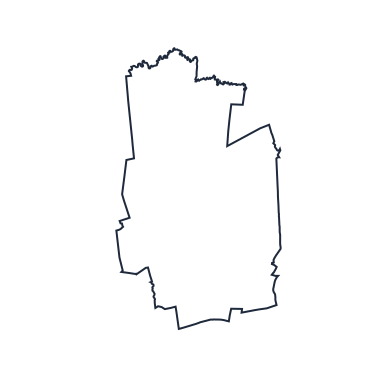 Ineu, Arad, Romania, rotated 333°
{"feature_id": "2599482B55200534476626", "entity_name": "Ineu", "entity_type": "district", "adm_level": 2, "iso_a3": "ROU", "parent_name": "Romania", "parent_adm1": "Arad", "projection": "robinson", "projection_center": [21.871, 46.429], "detail": "fine", "context": "isolated", "style": "outline", "palette": "slate", "viewbox_px": 384, "rotation_deg": 333, "n_neighbors": 0, "source": "geoboundaries", "source_scale": "gbopen_adm2", "svg_char_len": 5818}
<svg xmlns="http://www.w3.org/2000/svg" viewBox="0 0 384 384"><g transform="rotate(333 192 192)"><path d="M216.0,331.1L217.0,327.0L217.4,325.7L218.4,323.9L219.4,321.4L219.6,320.2L219.4,318.8L219.5,317.8L219.6,316.8L220.4,315.2L221.4,314.0L224.8,309.7L226.5,308.0L229.0,306.4L230.6,305.8L229.1,305.0L228.6,304.9L225.5,302.0L227.5,301.0L228.4,300.8L232.1,298.3L233.4,297.2L232.1,294.4L230.5,292.5L231.2,291.5L232.9,291.9L233.7,289.7L235.1,288.5L238.0,286.7L244.9,283.0L245.3,282.6L245.8,281.6L246.3,280.3L246.3,279.9L247.4,277.4L251.1,270.2L251.9,267.6L253.8,263.8L254.4,262.6L254.7,261.5L257.9,254.4L258.3,253.6L258.3,253.2L259.6,250.9L259.7,250.2L262.9,243.3L266.5,235.1L268.8,230.4L270.4,226.8L282.2,200.8L282.5,200.4L283.1,200.2L284.1,200.1L284.5,200.1L285.4,200.6L285.2,197.9L289.6,195.0L289.9,193.5L288.9,194.2L288.4,194.3L287.4,194.1L287.0,193.8L286.8,193.4L286.7,192.7L286.8,192.0L286.4,190.1L286.4,189.6L286.4,189.2L287.4,188.0L287.3,187.4L287.0,186.8L286.6,185.5L287.1,185.2L287.4,184.8L288.3,184.3L288.4,183.9L289.5,177.3L289.5,175.8L291.2,167.1L281.7,166.2L244.2,167.1L251.9,154.3L258.3,144.4L266.8,131.7L276.8,137.3L284.7,126.1L286.6,124.8L284.9,124.2L285.3,123.6L287.5,123.4L287.4,122.4L287.7,120.8L285.6,120.2L287.7,120.0L286.9,118.6L284.1,118.6L282.6,117.5L281.9,117.2L280.8,117.2L280.1,116.7L280.4,115.9L278.4,114.9L277.6,114.6L276.7,114.6L276.5,114.1L276.7,112.9L276.0,112.8L274.5,113.6L274.1,113.3L274.2,112.2L273.9,110.7L272.6,111.3L272.1,110.5L271.3,108.7L270.1,108.4L270.0,109.9L268.7,110.3L268.0,109.7L267.8,108.6L267.0,108.3L266.7,107.4L267.0,106.2L264.9,106.9L264.7,107.7L263.7,108.3L263.3,108.3L263.0,107.7L263.8,106.9L264.1,105.7L264.6,104.4L265.6,104.4L266.4,104.0L266.2,103.4L265.2,103.2L263.4,102.1L263.6,101.4L264.4,100.5L264.9,99.8L264.6,99.2L264.4,98.3L263.3,98.7L262.9,99.3L262.1,99.5L261.2,99.2L259.7,99.6L259.5,99.4L259.7,98.8L259.7,98.3L259.1,98.3L258.4,98.7L257.7,98.7L257.5,98.3L257.2,97.7L257.2,97.0L256.9,97.0L255.5,98.1L255.0,98.0L254.0,96.7L254.2,96.3L254.1,95.9L251.7,96.1L251.0,95.7L250.7,95.9L249.7,95.8L248.8,96.1L248.3,95.3L248.5,94.5L247.9,94.4L247.0,94.5L246.6,95.4L245.9,95.5L245.4,95.1L246.1,94.5L246.0,93.2L248.5,91.0L248.8,90.6L250.5,87.3L253.6,82.4L254.0,81.3L254.3,80.2L254.5,79.8L256.4,77.5L257.2,74.1L257.0,73.7L256.7,73.3L256.1,73.3L255.8,73.4L255.3,74.0L255.1,74.0L254.6,73.7L254.2,73.6L253.8,73.7L253.6,73.8L253.4,74.2L253.2,74.8L253.0,75.0L252.7,75.1L252.3,75.1L251.6,74.8L251.3,74.8L251.0,74.9L250.1,75.5L249.6,75.4L249.5,75.1L249.4,74.7L249.5,74.4L250.3,73.2L250.3,72.7L249.9,72.4L249.3,72.2L248.0,72.4L247.9,72.3L247.9,72.1L247.9,71.8L248.2,71.3L248.9,71.0L249.4,70.6L249.6,70.4L249.6,70.2L249.0,69.7L247.8,69.7L247.1,69.4L246.9,69.0L247.0,68.6L247.4,68.0L247.5,67.6L247.4,67.1L246.9,66.6L246.4,66.4L245.3,66.3L245.1,66.1L245.2,65.8L245.8,65.1L245.9,64.9L245.8,64.4L245.6,64.3L244.2,64.2L243.8,64.1L243.6,63.9L243.6,63.6L244.1,63.0L244.5,62.8L246.2,62.4L246.4,62.3L246.5,62.1L246.3,61.7L245.5,60.9L245.2,60.4L244.9,59.9L244.1,59.4L243.8,58.6L243.6,58.3L242.3,57.9L241.3,57.5L241.3,57.2L241.5,56.5L241.6,56.1L241.5,55.9L241.2,55.8L240.8,55.9L240.3,56.1L240.1,56.3L239.2,57.6L238.6,57.9L237.6,57.8L237.1,57.6L236.9,57.3L236.7,56.4L236.5,56.2L236.2,56.1L235.9,56.2L235.7,56.3L235.6,57.4L235.4,57.6L235.2,57.6L234.8,57.5L234.4,57.0L234.1,57.0L233.9,57.1L233.9,57.4L234.1,58.0L233.8,58.4L232.9,58.6L232.2,59.3L231.2,59.8L231.0,60.2L231.1,60.8L230.9,61.1L230.7,61.1L230.4,61.0L229.9,60.5L229.1,60.3L229.0,60.1L229.0,59.9L229.5,59.4L230.0,59.0L230.1,58.7L230.1,58.4L229.7,58.1L229.1,58.1L228.4,58.4L227.8,58.7L227.5,59.4L227.3,59.7L226.9,60.0L226.5,60.1L225.8,60.0L225.5,59.6L225.3,59.1L225.3,58.4L225.6,57.1L225.6,56.7L225.3,56.5L225.1,56.5L224.6,56.7L223.2,57.7L222.4,58.2L222.4,58.4L223.1,59.0L223.1,59.3L222.3,59.6L221.7,59.7L221.3,59.6L220.5,59.1L220.2,59.2L220.0,59.4L220.0,59.8L220.4,60.9L220.4,61.3L220.1,61.5L219.2,61.8L218.9,62.4L218.5,62.6L218.3,63.0L218.1,63.1L216.8,62.8L215.8,62.4L215.5,62.3L214.6,62.4L213.9,62.4L213.5,62.0L213.4,61.2L213.2,61.1L212.3,61.2L211.9,61.5L211.5,62.2L211.2,62.5L210.9,62.7L210.5,62.7L210.0,62.5L209.8,62.3L209.7,61.8L210.0,60.7L210.5,59.5L210.3,58.6L210.4,58.1L210.4,57.8L210.5,56.7L210.3,56.4L208.8,55.5L208.5,55.2L208.4,54.6L208.6,54.0L208.6,53.3L208.2,52.9L207.5,53.1L207.0,53.4L206.7,54.2L205.9,55.5L205.9,56.8L205.7,57.4L205.4,57.7L204.8,57.7L204.4,57.7L203.7,56.5L203.6,56.1L203.5,55.6L204.3,54.9L203.9,54.0L203.4,53.7L203.0,53.6L202.4,53.6L201.8,53.9L200.6,55.9L199.9,55.9L199.6,55.9L198.8,55.3L198.0,53.6L197.5,53.2L197.0,53.1L195.7,53.3L195.4,53.2L195.1,53.0L194.8,52.9L194.7,54.8L194.2,55.3L193.8,55.7L193.1,55.7L192.5,55.1L192.1,54.9L191.4,55.0L191.2,54.9L191.2,54.6L190.6,55.7L191.0,57.1L191.0,58.7L190.5,60.8L185.8,59.0L176.1,82.9L162.6,117.9L160.6,122.8L155.6,135.7L148.1,133.7L138.8,147.5L128.7,162.3L127.5,168.6L124.7,186.6L114.4,185.0L114.1,187.5L115.3,188.3L114.7,190.5L114.8,191.7L111.4,192.6L109.3,192.5L107.1,192.0L97.6,217.5L94.6,230.5L92.8,231.2L99.3,235.7L103.7,238.9L104.4,239.3L105.1,239.5L105.1,240.1L116.4,238.6L118.5,239.3L116.7,247.5L115.7,253.7L114.3,253.6L114.8,254.2L114.5,255.4L115.6,256.9L115.4,257.6L115.1,258.2L114.3,258.6L113.7,258.7L113.2,259.3L113.2,260.0L113.1,260.3L112.6,260.7L112.1,261.6L112.0,262.0L112.2,262.3L112.4,263.1L112.4,263.6L112.3,264.2L112.5,265.4L112.4,265.8L111.8,266.6L110.4,267.5L110.2,267.8L110.1,268.8L110.4,269.6L110.4,270.0L110.3,270.8L109.6,271.5L109.2,272.4L108.5,273.8L106.7,278.7L109.9,278.4L112.7,280.7L114.6,284.0L120.3,285.6L125.3,286.7L123.6,292.0L118.1,308.0L122.3,308.9L127.8,309.9L135.6,311.3L139.6,311.8L140.2,311.8L150.9,314.2L152.6,315.2L153.2,315.3L159.6,318.7L162.1,320.5L166.1,324.0L169.6,319.1L173.9,313.8L183.5,318.9L181.4,322.0L194.1,325.7L198.9,327.2L205.8,329.6L216.0,331.1Z" fill="none" stroke="#1e293b" stroke-width="2"/></g></svg>